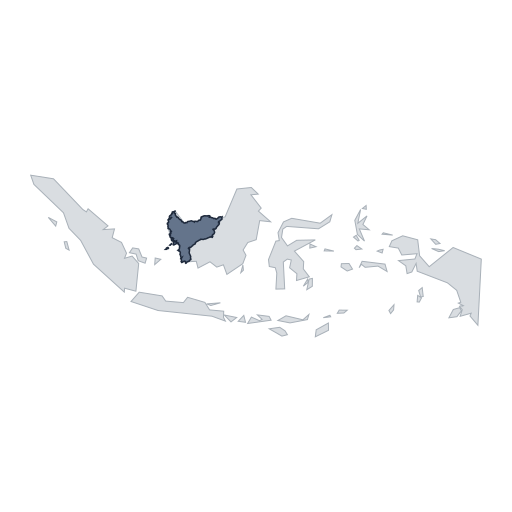 Indonesia, with Kalimantan Barat highlighted
{"feature_id": "IDN-1228", "entity_name": "Kalimantan Barat", "entity_type": "Province", "adm_level": 1, "iso_a3": "IDN", "parent_name": "Indonesia", "parent_adm1": "", "projection": "orthographic", "projection_center": [110.805, -0.499], "detail": "fine", "context": "in_parent", "style": "filled", "palette": "slate", "viewbox_px": 512, "rotation_deg": 0, "n_neighbors": 0, "source": "natural_earth", "source_scale": "10m", "svg_char_len": 9311}
<svg xmlns="http://www.w3.org/2000/svg" viewBox="0 0 512 512"><path d="M175.2,211.1L184.2,223.0L197.5,221.4L204.3,215.8L216.0,219.1L225.1,216.9L236.9,189.0L251.3,187.5L258.2,194.1L250.9,194.8L261.2,208.1L258.4,211.1L270.6,221.8L259.7,220.6L256.2,239.7L247.8,242.5L243.1,250.0L246.0,255.3L242.8,263.7L226.9,274.4L223.4,264.8L216.8,267.1L210.0,261.8L198.0,268.1L196.3,261.3L181.7,262.1L178.9,244.8L171.5,240.0L168.2,228.1L169.6,216.5L175.2,211.1ZM30.7,175.2L53.5,178.8L82.8,209.5L86.4,211.9L88.1,208.8L108.0,225.9L103.2,229.6L114.5,228.9L112.2,237.7L121.5,242.4L126.5,253.2L124.5,258.3L132.1,256.1L138.7,263.5L135.9,291.2L124.6,288.2L124.3,292.1L93.5,264.2L80.6,240.3L69.0,228.3L63.5,212.8L33.9,184.4L30.7,175.2ZM481.3,259.1L477.9,325.3L470.0,316.0L471.2,313.2L460.1,316.3L462.3,309.7L459.5,306.3L460.6,305.8L462.3,306.1L463.4,305.7L458.4,303.1L460.8,302.3L456.7,290.3L447.4,282.8L417.2,271.2L416.1,263.4L411.8,272.0L407.1,273.6L405.8,265.8L398.5,260.6L414.9,259.0L417.0,253.7L401.8,255.0L398.3,248.1L389.3,246.6L391.9,240.8L402.7,235.8L417.7,239.8L419.6,255.8L429.2,266.7L453.1,247.5L481.3,259.1ZM329.8,221.8L318.5,228.8L286.7,226.4L282.8,229.1L281.5,237.5L287.5,245.9L296.7,240.3L315.3,239.9L294.4,251.1L303.7,261.6L303.3,268.9L309.3,276.8L296.5,280.5L296.9,273.7L289.6,267.8L291.3,260.0L287.3,259.1L283.3,262.0L284.7,288.9L275.9,289.1L276.8,273.1L275.3,267.7L269.3,266.5L268.5,259.6L275.9,241.1L279.3,240.6L278.0,232.7L283.5,221.9L291.7,218.3L320.2,223.2L331.9,214.7L329.8,221.8ZM139.2,292.2L162.1,295.9L165.7,301.1L183.4,302.6L187.6,297.3L204.9,302.4L209.6,309.9L223.7,311.2L223.5,317.4L225.4,321.1L212.0,316.2L158.0,310.5L131.0,301.5L139.2,292.2ZM357.8,223.3L367.0,215.9L362.9,224.5L369.2,229.8L359.3,228.9L364.5,241.1L357.4,234.5L354.8,220.3L360.6,209.5L357.8,223.3ZM362.1,261.3L385.0,264.1L387.1,271.5L378.0,266.1L365.1,267.3L361.4,264.3L359.1,267.7L362.1,261.3ZM307.4,319.6L290.0,322.9L277.9,320.5L286.0,315.8L302.9,319.8L308.9,314.5L307.4,319.6ZM257.4,314.9L269.1,316.4L271.1,320.2L247.6,323.5L251.4,317.1L259.5,320.7L262.1,319.4L257.4,314.9ZM328.4,323.0L328.5,330.3L315.3,336.8L316.2,329.8L328.4,323.0ZM138.7,248.9L142.0,257.0L146.6,258.1L145.1,263.2L138.2,260.7L136.1,254.1L129.4,252.7L132.7,247.9L138.7,248.9ZM456.9,316.7L448.9,317.8L453.3,309.5L459.6,307.7L461.4,310.8L456.9,316.7ZM279.7,327.3L285.0,330.8L287.4,334.7L281.9,336.1L269.2,328.8L279.7,327.3ZM349.0,263.5L352.5,269.1L347.2,271.0L341.0,266.9L341.4,263.7L349.0,263.5ZM224.3,315.0L236.7,317.5L231.0,321.9L224.3,315.0ZM243.8,315.4L245.5,322.3L238.2,321.3L243.8,315.4ZM160.8,259.3L154.7,264.6L155.2,258.0L160.8,259.3ZM422.2,287.6L423.2,296.5L420.6,296.9L418.7,290.5L422.2,287.6ZM220.4,302.8L210.8,305.5L206.7,303.9L220.4,302.8ZM312.4,278.4L312.3,286.3L306.8,289.7L309.1,279.1L312.4,278.4ZM48.3,217.4L56.8,221.9L55.7,226.1L48.3,217.4ZM69.1,250.1L65.8,248.3L64.2,241.8L66.8,241.6L69.1,250.1ZM390.6,313.6L388.9,310.5L394.0,304.7L393.6,309.9L390.6,313.6ZM383.3,232.8L392.7,235.1L382.1,234.2L383.3,232.8ZM325.0,248.9L333.9,251.1L324.2,250.9L325.0,248.9ZM308.1,282.3L303.3,286.2L307.6,279.1L308.1,282.3ZM430.8,238.9L435.6,239.7L440.0,243.5L435.7,244.3L430.8,238.9ZM347.2,310.2L343.9,313.0L337.3,313.3L339.2,310.1L347.2,310.2ZM421.5,297.9L419.3,302.1L417.1,301.9L417.7,295.4L421.5,297.9ZM361.8,249.0L356.0,249.7L354.4,248.2L356.9,245.6L361.8,249.0ZM431.6,248.5L438.3,249.2L444.7,250.7L438.6,251.6L431.6,248.5ZM310.0,244.0L316.0,246.7L309.8,248.1L310.0,244.0ZM366.3,209.3L362.4,208.5L366.1,205.5L366.3,209.3ZM323.3,317.7L329.9,315.3L330.7,316.8L323.3,317.7ZM383.1,249.3L382.1,253.0L377.2,251.1L379.7,250.0L383.1,249.3ZM243.4,270.2L240.8,272.7L242.9,265.0L243.4,270.2ZM356.2,235.3L359.2,240.3L358.0,241.0L353.5,237.1L356.2,235.3Z" fill="#d9dde1" stroke="#a8b0b8" stroke-width="1"/><path d="M175.4,210.5L175.2,211.0L174.9,211.5L174.7,211.9L174.3,212.2L174.2,212.5L174.3,213.0L174.5,213.4L174.7,213.5L175.2,213.5L175.4,213.6L175.4,213.8L175.4,215.0L175.5,215.5L176.6,216.5L176.7,216.9L177.0,216.8L177.2,217.3L177.4,217.4L178.0,217.4L178.2,217.5L178.3,217.7L178.7,218.5L179.3,219.0L179.6,219.4L180.0,219.6L180.6,219.7L180.8,219.8L181.7,221.2L181.7,221.6L182.1,221.6L182.7,221.7L183.3,222.5L183.7,222.8L184.2,223.0L184.7,223.1L185.1,222.9L185.3,222.6L185.8,222.9L186.2,222.6L186.4,222.6L186.8,222.4L187.0,222.5L187.1,222.2L187.7,221.6L188.0,221.4L189.0,221.4L191.3,220.8L191.5,220.8L193.1,221.5L193.3,221.5L194.1,221.3L194.4,222.0L194.5,221.9L194.8,221.6L195.6,221.2L195.9,221.2L197.0,221.6L197.7,221.5L198.5,220.4L199.2,220.2L200.0,220.2L200.4,220.1L201.0,218.4L201.4,217.7L201.1,217.5L201.0,217.4L201.1,217.1L201.3,217.0L202.5,216.4L203.5,216.2L204.0,215.8L204.3,215.8L207.3,215.9L207.7,216.0L208.0,215.7L208.7,215.7L209.4,215.7L209.8,215.9L209.9,216.1L209.9,216.3L209.8,216.7L209.3,217.1L209.2,217.2L209.3,217.3L210.2,217.1L210.6,217.1L211.0,217.3L211.3,217.6L212.5,217.8L213.0,218.0L213.7,218.6L214.2,218.6L214.8,218.3L215.0,218.4L215.3,218.5L215.8,219.1L216.1,219.2L216.3,219.2L217.9,218.1L218.5,217.3L219.0,217.0L220.4,216.8L220.8,216.8L221.2,216.9L221.5,217.2L221.7,217.3L222.0,217.1L221.8,218.0L221.9,218.4L222.0,218.7L221.9,219.3L221.4,219.7L221.0,219.9L220.1,220.8L219.4,221.2L218.9,221.4L218.6,221.7L218.5,221.9L218.5,222.6L219.1,222.5L219.3,222.7L219.4,222.8L219.4,223.0L219.2,223.6L219.1,224.3L218.4,225.2L217.9,225.4L217.8,225.6L217.6,226.1L216.9,226.7L216.6,227.3L216.2,227.7L216.1,228.5L215.7,228.7L215.2,229.1L214.6,229.1L214.0,228.9L213.0,229.3L213.5,230.0L214.0,230.4L214.1,230.6L214.4,231.3L214.6,232.5L214.3,233.1L214.0,233.8L213.8,233.9L213.6,234.1L213.0,234.4L212.3,235.2L212.3,235.5L212.6,235.8L212.8,236.2L212.3,237.4L212.0,237.4L211.7,237.1L211.5,236.7L211.2,236.6L210.8,236.8L210.5,237.1L209.7,237.1L208.6,237.7L207.5,238.0L207.2,238.3L205.4,239.0L205.1,239.0L204.7,238.9L204.3,239.1L203.2,239.5L201.9,239.3L200.5,239.3L200.4,239.5L200.1,239.9L199.1,240.2L198.1,240.9L196.9,241.5L195.9,242.2L195.7,242.4L195.3,242.9L195.3,243.2L195.4,243.6L195.3,243.8L194.8,244.1L194.3,244.3L194.1,244.5L193.5,244.7L193.2,244.9L192.8,245.4L192.6,245.8L191.7,246.3L191.2,246.9L190.6,247.4L190.4,247.5L189.8,247.3L189.4,247.4L189.0,247.6L188.5,248.2L188.4,248.3L188.7,248.8L189.3,248.7L189.5,248.9L189.4,249.3L189.6,249.6L189.5,250.1L189.5,250.9L189.2,252.1L189.2,252.9L189.4,253.5L190.7,256.4L190.7,256.6L190.5,257.2L190.6,258.1L190.6,258.6L190.9,259.0L190.9,259.4L190.7,259.7L189.8,260.1L189.3,261.1L188.8,261.3L188.8,261.2L188.6,261.2L188.0,261.6L187.1,261.9L186.2,263.1L185.8,263.3L185.5,263.0L185.5,262.9L185.6,262.7L185.5,261.9L185.3,261.5L185.0,261.2L184.6,261.1L184.2,261.2L183.2,261.6L182.1,262.4L181.7,262.5L181.5,262.2L181.1,261.4L181.5,260.9L181.6,260.5L181.5,260.2L181.4,259.8L181.2,258.9L180.7,258.7L181.1,257.9L181.7,257.9L181.9,257.5L181.6,257.7L181.3,257.7L180.7,256.7L180.5,255.2L180.4,255.0L180.1,254.8L180.0,254.6L180.0,254.2L180.4,252.9L180.3,252.5L180.0,251.7L179.8,251.4L178.6,250.9L178.0,250.4L178.3,250.3L178.1,250.2L179.0,249.5L179.4,248.6L179.5,247.7L179.7,246.4L179.8,246.0L179.7,245.5L179.5,245.1L179.3,244.9L178.7,244.7L178.5,244.4L178.3,244.3L178.2,244.1L178.4,243.3L178.4,243.1L177.7,242.9L177.3,242.9L177.2,242.8L177.1,242.5L176.8,242.3L176.4,241.7L176.3,241.2L176.6,240.8L176.6,240.7L176.3,240.8L176.2,240.9L176.1,241.5L175.7,241.8L175.2,241.5L174.8,240.9L174.2,240.6L173.8,240.5L173.2,240.4L173.0,240.6L173.1,240.8L173.1,241.0L172.8,241.1L172.1,240.8L171.6,240.5L171.3,238.9L171.4,238.7L171.5,238.6L172.0,238.9L172.7,238.9L173.2,239.2L173.6,239.3L173.9,239.2L174.0,239.2L173.5,239.1L173.3,238.8L173.0,238.6L172.4,238.4L172.6,238.3L172.4,238.1L173.1,238.1L172.9,237.9L172.3,237.7L171.6,237.8L171.2,237.7L171.0,237.4L170.6,237.5L170.2,237.2L170.1,236.9L169.9,236.0L169.8,235.6L170.2,235.5L169.7,234.7L169.8,234.4L169.6,234.3L169.5,234.5L169.3,234.5L169.3,234.3L169.4,234.0L170.0,233.9L170.6,233.9L171.1,234.2L170.8,233.7L170.7,232.6L170.6,232.3L170.4,232.0L170.4,231.6L170.5,231.4L170.8,231.5L171.9,231.7L170.5,230.6L169.9,229.3L169.1,228.8L168.3,228.7L168.1,228.6L168.0,228.3L168.2,227.5L168.2,227.2L167.9,226.6L167.9,226.4L168.1,225.9L168.1,225.5L168.0,225.0L167.5,224.5L167.7,224.1L167.6,223.8L167.3,223.5L167.3,223.3L167.7,222.9L168.2,222.7L168.5,222.4L168.6,222.0L168.6,221.6L168.1,220.1L168.0,219.9L168.1,219.7L169.1,219.5L169.9,219.2L170.3,219.0L171.0,218.1L171.3,217.7L171.5,217.5L171.3,217.4L171.0,217.8L170.7,218.0L170.2,218.9L169.7,219.1L168.7,219.4L168.7,219.0L169.2,218.3L169.4,218.0L169.4,217.6L169.4,216.5L169.6,216.1L169.8,215.8L171.4,214.7L171.6,214.5L171.9,213.9L172.4,213.3L172.4,213.2L171.7,213.6L171.8,213.4L172.2,213.0L172.2,212.9L172.3,212.0L172.5,211.9L173.1,211.8L174.7,211.4L175.0,211.1L175.4,210.5ZM176.6,243.1L176.8,243.2L176.7,243.4L175.8,244.0L174.3,244.6L173.9,245.0L173.7,245.0L173.2,244.7L173.4,243.7L173.4,242.0L173.5,241.8L174.4,241.9L174.8,241.7L175.5,242.0L176.0,241.8L176.4,242.0L176.6,242.3L176.6,243.1ZM168.4,247.9L168.5,248.2L168.3,248.5L167.4,248.8L167.1,248.8L167.1,248.7L167.1,248.2L166.7,247.9L166.8,247.8L167.5,247.6L167.8,247.4L168.1,247.6L168.4,247.9ZM170.5,244.6L170.6,244.8L170.3,245.2L170.2,245.2L169.8,245.1L170.0,244.9L170.3,244.8L170.5,244.6ZM165.5,249.3L165.7,249.1L166.0,249.1L166.5,249.2L166.4,249.3L165.5,249.3ZM171.4,243.7L171.5,243.8L171.5,244.1L171.3,244.2L171.1,244.3L171.1,244.0L171.4,243.7Z" fill="#64748b" stroke="#1e293b" stroke-width="1.5"/></svg>